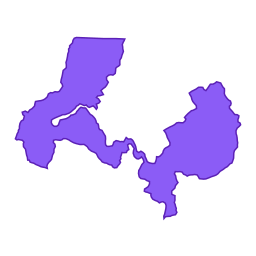 the district of Iúna, Espírito Santo, Brazil
{"feature_id": "56859067B16281611265313", "entity_name": "Iúna", "entity_type": "district", "adm_level": 2, "iso_a3": "BRA", "parent_name": "Brazil", "parent_adm1": "Espírito Santo", "projection": "mercator", "projection_center": [-41.662, -20.355], "detail": "fine", "context": "isolated", "style": "filled", "palette": "violet", "viewbox_px": 256, "rotation_deg": 0, "n_neighbors": 0, "source": "geoboundaries", "source_scale": "gbopen_adm2", "svg_char_len": 5617}
<svg xmlns="http://www.w3.org/2000/svg" viewBox="0 0 256 256"><path d="M47.3,168.4L46.9,166.2L47.5,164.2L48.9,162.2L50.3,160.9L51.5,159.4L52.0,157.3L52.6,154.9L53.9,152.4L54.0,149.2L55.3,146.5L54.9,144.2L53.4,142.6L53.5,140.3L55.7,139.7L57.4,140.0L60.2,140.3L61.9,139.8L63.4,138.6L66.1,138.7L68.9,139.9L71.0,141.3L73.6,142.7L76.3,143.6L78.4,144.1L79.9,144.5L81.6,144.5L84.1,144.4L85.7,145.5L87.3,146.7L88.8,149.1L91.4,151.1L94.3,152.3L96.2,153.4L97.2,155.2L98.0,157.0L99.3,158.7L100.7,159.9L102.2,161.9L104.6,162.9L106.8,163.2L108.3,164.2L109.9,164.8L111.8,165.1L112.6,166.8L114.3,167.9L116.8,167.6L118.0,165.7L119.6,163.9L120.5,162.3L119.6,160.6L120.9,158.8L120.5,157.1L121.3,155.0L122.0,152.5L123.8,152.7L126.4,152.5L127.2,150.6L128.8,149.6L128.2,147.5L127.6,144.9L129.2,143.7L131.2,144.1L133.0,146.8L134.2,148.5L133.5,150.7L133.2,153.2L134.3,156.5L136.6,158.6L138.2,159.0L139.9,158.3L141.5,156.9L143.2,159.3L144.0,162.2L141.9,164.5L140.8,166.7L139.8,168.8L138.8,170.4L138.5,173.5L139.2,176.8L140.8,178.5L142.9,178.9L144.9,179.2L146.8,180.6L149.5,181.5L149.5,184.0L148.2,186.6L146.1,188.1L144.6,189.0L144.3,191.2L145.8,192.0L147.4,192.3L149.1,193.0L150.9,193.6L150.9,195.5L151.4,197.2L152.8,199.2L155.3,200.5L157.5,201.3L159.4,202.9L161.2,202.0L163.0,201.7L165.3,203.2L166.1,205.6L165.9,208.3L165.3,211.2L164.6,214.2L163.8,216.1L164.0,218.5L165.5,216.7L167.9,216.4L170.3,216.3L171.7,215.5L173.3,215.1L175.5,214.7L176.9,212.3L176.0,210.3L176.3,208.3L175.6,206.6L175.2,204.6L174.3,202.5L175.0,200.1L174.9,197.9L175.0,195.7L173.3,195.0L171.8,194.2L171.7,191.1L173.4,189.5L174.8,188.2L175.5,185.6L176.8,184.0L178.0,182.5L176.9,180.9L176.1,178.7L175.6,175.7L174.4,173.9L175.3,171.6L177.8,171.7L180.1,171.6L182.1,172.1L183.6,174.2L185.7,175.0L187.2,176.1L188.9,175.2L190.5,174.9L192.6,174.8L194.7,174.5L197.1,174.9L198.3,176.6L199.4,178.7L201.4,178.9L203.6,179.1L205.9,178.9L209.1,177.7L211.4,176.7L214.2,175.8L216.0,175.1L217.9,173.8L220.1,171.3L222.1,170.1L223.6,169.1L225.2,167.8L227.4,166.6L228.5,165.4L230.0,163.8L231.9,163.0L232.7,160.9L233.6,158.2L233.7,155.6L233.8,152.9L234.5,150.5L236.0,148.8L237.5,147.0L237.4,144.9L237.7,142.8L237.3,140.7L237.1,137.8L236.7,135.5L236.1,133.7L236.0,130.7L237.2,128.1L239.2,126.4L240.6,124.8L240.1,123.1L238.0,121.8L237.9,119.5L238.6,117.8L238.9,115.8L237.2,114.7L234.7,114.5L233.5,113.0L232.4,111.5L231.2,110.2L229.5,108.3L229.4,106.2L230.7,105.1L231.1,103.2L230.4,101.0L228.7,100.1L227.3,98.7L225.9,96.8L224.9,95.3L224.3,93.4L224.5,90.8L224.4,88.6L223.0,87.2L221.8,85.2L220.7,83.0L219.0,82.5L216.6,81.8L214.9,83.2L213.1,84.1L210.4,84.2L209.2,85.9L207.7,88.2L205.9,90.6L203.9,89.5L202.8,87.4L200.8,87.2L198.5,87.3L196.2,89.0L193.7,90.3L191.8,91.2L189.2,93.1L190.0,94.8L191.2,96.7L191.9,99.5L192.8,101.5L194.4,103.5L196.3,105.6L196.5,108.5L194.6,109.5L193.1,110.3L191.4,110.7L190.0,111.9L188.1,113.5L185.9,115.8L184.5,117.5L185.9,119.0L185.0,121.1L183.0,122.8L180.6,122.7L178.8,122.5L176.6,122.9L174.7,124.6L172.4,125.9L169.9,127.0L167.9,128.1L165.9,129.2L163.9,130.5L165.7,132.9L166.7,135.4L167.3,137.5L168.6,140.0L170.0,142.7L169.9,145.2L168.1,146.7L166.0,147.7L164.5,148.8L163.3,150.9L162.8,153.0L161.7,154.3L160.1,156.0L158.3,156.9L156.6,156.7L156.4,159.0L155.8,161.2L154.8,163.4L152.5,163.5L150.8,163.2L149.0,162.7L147.2,161.6L146.4,159.4L145.1,156.6L144.7,154.2L142.9,152.4L140.9,151.2L138.8,152.5L136.7,151.2L136.2,149.0L135.7,146.5L135.0,144.7L134.1,143.0L133.4,141.4L132.4,140.0L130.9,138.9L128.2,139.1L126.2,137.5L124.9,139.8L123.7,141.8L121.9,141.5L120.1,141.7L118.5,141.1L116.1,140.6L113.7,142.2L113.2,144.2L112.3,145.8L109.0,146.4L106.9,146.3L105.6,144.7L105.4,142.9L105.4,140.9L105.6,138.9L105.4,136.2L103.7,133.4L102.0,130.4L99.6,129.5L98.8,128.0L98.6,126.0L98.2,124.1L96.4,122.9L96.0,120.9L95.2,119.0L94.0,117.4L92.3,115.6L90.2,114.3L88.7,112.3L87.4,110.4L85.6,108.0L83.2,107.9L81.0,107.2L79.4,108.5L78.4,109.8L76.9,111.4L75.7,113.6L73.0,114.8L70.8,115.2L69.8,116.5L68.2,117.6L66.1,118.7L62.5,119.5L60.2,120.0L59.2,122.6L58.4,125.0L56.6,126.3L54.3,126.3L52.4,124.9L51.3,122.7L51.5,120.0L53.1,118.9L54.9,118.0L57.0,117.1L59.1,116.2L60.7,115.6L62.5,114.7L65.1,114.6L66.7,114.0L69.0,113.2L71.0,111.8L72.7,110.3L75.1,108.3L76.5,106.1L78.3,105.2L79.8,103.8L81.9,104.5L84.2,105.6L86.3,105.0L87.7,106.6L89.3,107.4L91.0,106.7L93.1,105.9L94.8,107.4L96.3,109.3L97.3,107.8L97.0,106.1L96.3,104.1L98.8,103.1L100.2,101.5L98.4,98.8L96.4,97.5L97.6,96.0L100.2,95.6L103.4,94.6L102.4,92.8L100.9,90.6L103.1,88.6L105.2,87.1L106.6,85.3L108.3,82.2L106.6,79.8L106.5,77.1L108.6,75.2L110.8,74.7L113.0,75.1L115.2,73.4L115.6,70.8L115.7,68.3L117.0,67.0L118.6,66.1L119.9,64.8L119.8,62.3L119.9,60.0L121.3,57.8L121.9,55.4L122.6,53.6L123.4,51.4L122.8,48.9L122.7,46.9L122.3,44.6L123.2,42.3L124.1,40.7L124.8,39.0L115.6,38.6L103.3,38.6L76.5,37.5L74.3,38.2L73.0,40.3L72.5,42.9L69.6,45.8L69.7,47.5L68.6,49.0L68.7,51.5L67.8,53.9L67.5,56.3L66.8,59.9L66.0,62.4L66.3,64.9L66.3,67.7L64.7,69.2L63.2,70.4L62.8,72.4L62.4,74.8L62.0,76.7L61.2,79.6L60.8,82.3L62.2,84.2L62.7,86.3L61.8,87.8L60.6,89.5L59.3,91.4L57.4,92.0L55.0,91.7L52.4,92.9L50.6,92.6L48.4,93.9L47.3,96.8L45.3,98.7L43.5,99.8L41.1,100.6L38.2,101.0L35.5,101.5L34.9,103.9L34.5,106.1L32.0,108.7L29.8,109.9L27.9,112.5L25.3,111.1L22.2,112.2L22.9,114.7L24.4,116.0L23.4,119.8L21.3,121.0L20.0,123.3L19.4,126.3L19.4,128.7L18.4,130.2L18.3,131.9L17.2,133.7L16.3,136.5L15.4,138.8L16.8,139.9L18.5,139.5L22.4,140.3L23.9,142.1L23.3,143.8L23.5,146.7L25.5,149.2L26.6,155.1L27.3,157.1L27.7,160.1L29.3,160.2L30.1,162.1L31.8,162.7L33.8,163.2L35.9,164.5L38.9,165.7L40.9,166.7L43.2,167.2L45.0,167.5L47.3,168.4Z" fill="#8b5cf6" stroke="#5b21b6" stroke-width="1.5"/></svg>